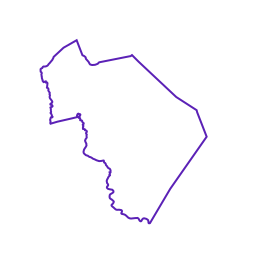 Sonaguera, Colón, Honduras (Natural Earth projection), rotated 76°
{"feature_id": "27666195B31402086681403", "entity_name": "Sonaguera", "entity_type": "district", "adm_level": 2, "iso_a3": "HND", "parent_name": "Honduras", "parent_adm1": "Colón", "projection": "natural_earth1", "projection_center": [-86.252, 15.631], "detail": "fine", "context": "isolated", "style": "outline", "palette": "violet", "viewbox_px": 256, "rotation_deg": 76, "n_neighbors": 0, "source": "geoboundaries", "source_scale": "gbopen_adm2", "svg_char_len": 5713}
<svg xmlns="http://www.w3.org/2000/svg" viewBox="0 0 256 256"><g transform="rotate(76 128 128)"><path d="M34.5,171.1L41.0,182.9L42.2,183.7L42.7,184.1L43.1,184.6L43.8,185.1L44.0,185.5L44.4,186.0L44.7,186.5L45.5,187.5L45.8,188.0L46.1,188.3L46.7,189.4L47.5,190.3L47.8,190.7L48.0,191.1L48.2,191.8L48.3,192.4L48.3,192.9L48.3,193.4L48.0,194.9L47.9,195.2L48.0,195.4L48.1,195.7L48.2,195.9L48.5,196.2L48.9,196.5L49.1,196.8L49.2,197.5L49.4,198.0L49.6,198.3L49.8,198.6L51.4,199.0L52.2,199.1L52.3,199.1L53.1,198.5L53.5,198.4L53.8,198.4L54.2,198.5L54.8,199.0L55.2,199.1L56.1,199.1L56.4,199.2L56.6,199.3L57.5,199.2L58.2,199.4L58.8,199.5L60.6,199.3L60.9,199.3L61.2,199.4L61.4,199.4L61.7,199.4L61.9,199.2L62.5,199.1L63.1,198.7L63.1,198.4L63.0,198.0L62.9,197.5L62.8,196.7L62.9,196.4L63.1,196.4L63.2,196.5L63.3,196.7L63.6,196.8L63.8,196.7L64.0,196.7L64.1,196.4L64.2,195.8L64.3,195.5L64.5,195.4L65.1,195.3L66.2,195.7L68.4,196.5L69.1,196.9L69.3,196.9L69.6,196.4L69.9,196.1L70.2,195.9L70.5,195.8L71.3,195.8L72.1,196.2L72.5,196.2L73.3,196.0L74.5,195.5L74.8,195.4L75.0,195.4L75.3,195.5L75.7,195.8L76.0,195.9L76.2,196.0L77.0,195.8L77.3,195.8L77.6,195.9L78.5,196.4L79.4,196.6L79.7,196.6L80.4,196.5L82.4,195.6L82.7,195.5L83.5,195.2L84.3,195.1L84.5,195.2L84.7,195.3L85.2,195.8L85.4,196.2L85.5,196.7L85.7,197.2L85.9,197.5L86.1,197.6L86.4,197.6L86.7,197.5L87.0,196.7L87.2,196.3L87.9,196.0L88.2,195.9L88.5,195.9L88.8,196.1L89.0,196.4L89.0,196.7L89.1,197.3L89.2,198.1L89.3,198.3L89.5,198.3L90.4,198.2L90.6,198.3L91.2,198.3L91.8,198.5L92.1,198.6L93.2,198.7L93.8,198.7L94.0,198.8L94.5,199.1L94.7,199.5L95.1,199.4L95.6,199.1L96.4,198.9L98.3,198.8L98.8,198.5L99.2,198.7L99.3,198.9L99.3,199.3L99.0,200.1L99.2,200.4L101.3,201.6L101.8,201.6L102.7,201.6L103.0,201.6L103.8,201.9L104.3,202.2L104.8,202.2L105.1,202.1L104.8,195.0L105.1,179.6L105.1,174.6L104.1,174.6L103.7,174.5L102.6,173.8L102.2,173.3L102.1,173.0L102.1,172.8L102.1,172.6L102.3,172.4L102.5,172.1L103.0,172.0L103.1,171.9L103.1,171.6L102.9,171.4L103.0,171.2L103.4,171.0L103.8,171.1L104.3,171.6L104.9,172.0L105.1,172.2L105.1,172.4L105.1,172.9L105.2,173.3L105.4,173.6L105.6,173.6L105.8,173.5L105.8,173.2L105.9,172.9L106.0,172.9L106.4,173.0L106.5,173.0L106.6,172.9L106.6,172.4L106.8,172.2L107.0,172.1L107.4,172.2L107.8,172.2L108.7,172.5L108.9,172.5L109.0,172.4L109.1,171.9L109.3,171.4L109.4,171.2L109.5,171.1L109.8,170.9L110.1,170.8L110.4,170.9L110.7,170.9L110.9,170.9L112.0,170.3L112.3,170.2L112.5,169.9L112.9,169.9L113.2,170.0L113.6,170.8L113.7,171.0L113.9,171.0L114.1,171.1L114.7,170.8L115.1,171.0L115.4,170.9L115.9,171.1L115.9,171.3L116.0,171.4L116.9,171.7L117.3,171.7L117.7,171.9L118.0,171.9L118.2,171.6L118.2,171.2L118.3,171.0L119.0,170.1L119.3,170.1L119.3,170.3L119.7,170.3L119.9,170.1L120.2,169.4L120.5,169.1L120.7,168.9L121.1,168.8L121.6,168.8L121.8,168.9L122.6,169.8L122.8,170.0L123.6,169.9L124.3,169.6L125.0,170.0L125.7,170.1L126.4,170.3L126.9,170.3L127.3,170.4L127.9,171.0L128.3,171.5L128.6,171.9L129.1,172.2L129.3,172.3L129.6,172.6L129.9,172.7L130.8,172.7L133.3,172.2L133.9,172.4L134.6,172.5L134.9,172.5L135.3,172.8L136.4,173.8L137.5,175.1L138.5,176.0L140.3,176.9L141.0,177.0L141.5,177.0L142.1,176.8L142.8,176.4L143.2,176.1L143.9,175.6L144.2,175.4L145.2,173.7L146.2,172.9L146.6,172.5L146.8,172.3L147.1,171.6L147.5,171.1L148.2,170.3L148.9,169.8L149.3,169.4L150.6,167.6L151.0,167.2L151.8,166.2L152.6,164.9L153.0,164.3L153.2,163.8L153.5,162.0L153.6,159.7L153.8,159.4L154.1,159.4L155.6,159.5L155.8,159.4L156.4,158.7L157.1,158.4L157.7,158.3L158.3,158.4L158.7,158.3L160.4,157.4L161.2,157.3L161.9,156.9L162.3,156.6L162.9,155.8L163.1,155.6L163.9,155.3L164.9,155.2L165.2,155.3L165.5,155.3L166.2,155.7L166.6,155.6L166.8,155.7L166.8,155.9L166.8,156.1L166.6,156.4L166.6,156.6L167.5,156.5L167.9,156.7L168.3,156.7L168.7,157.2L168.8,157.3L169.1,157.2L169.4,157.0L169.6,157.0L169.9,157.7L170.4,158.2L170.6,158.6L170.8,158.8L171.3,159.3L171.8,159.6L172.7,160.5L173.5,161.1L173.9,161.3L174.3,161.5L176.1,161.6L176.4,161.6L177.3,161.2L177.7,161.1L178.1,161.0L178.6,161.1L178.9,161.2L179.1,161.4L179.2,161.5L179.5,162.1L180.0,162.6L180.4,162.8L180.8,162.9L181.1,162.8L182.0,162.3L182.5,161.6L182.9,160.9L183.2,160.2L183.5,159.5L184.1,158.2L184.4,158.0L185.3,157.5L185.7,157.4L186.2,157.5L186.5,157.6L186.8,157.8L187.0,158.2L187.3,158.8L187.5,159.5L187.8,160.5L188.0,161.2L188.2,161.5L188.6,161.9L189.8,162.4L190.2,162.5L190.7,162.6L191.5,162.6L191.9,162.5L193.0,161.6L193.3,161.2L194.6,160.3L195.4,159.8L195.9,159.6L196.2,159.7L196.6,159.9L197.0,160.2L197.4,160.6L197.9,161.2L198.5,162.4L199.1,162.7L199.3,162.7L199.5,162.7L200.1,162.4L201.7,161.2L203.4,160.1L204.0,159.6L204.3,159.3L204.5,159.0L204.9,157.8L205.1,156.5L205.8,154.9L206.0,154.5L206.2,154.2L206.5,154.1L206.8,154.0L207.1,153.9L207.3,154.0L207.9,154.2L209.0,155.1L209.3,155.1L209.6,155.0L209.8,154.8L210.0,154.5L210.6,153.2L210.9,152.7L211.4,152.0L211.8,151.6L212.6,151.0L215.1,149.4L215.6,148.8L215.9,148.4L216.2,147.9L216.4,147.4L216.6,146.9L217.2,142.5L217.4,141.6L217.5,140.9L217.6,140.5L218.0,140.1L218.5,139.7L220.5,139.2L220.9,139.0L221.3,138.7L221.5,138.4L221.6,138.0L221.5,137.6L221.0,137.2L220.0,136.1L219.7,135.6L219.5,135.1L219.5,134.6L219.5,134.3L219.6,134.0L220.6,132.2L221.9,131.0L222.4,130.8L223.1,130.8L223.5,130.8L224.8,131.0L225.1,131.0L225.3,130.9L225.5,130.7L225.6,130.2L225.6,129.7L197.2,101.7L155.5,53.8L155.4,53.8L129.4,57.1L127.3,57.1L109.6,73.7L66.2,101.7L58.2,106.5L58.3,106.9L58.6,107.2L58.8,107.7L58.9,108.2L58.8,109.1L57.3,139.9L57.5,140.7L57.9,141.1L58.2,141.5L58.4,142.1L58.7,144.5L58.6,145.4L58.2,147.6L57.6,148.7L57.1,149.4L56.4,149.7L55.7,149.9L54.4,150.2L50.7,152.1L50.1,152.1L49.4,152.0L48.8,152.2L47.4,153.3L46.4,154.6L30.4,156.6L34.5,171.1Z" fill="none" stroke="#5b21b6" stroke-width="2"/></g></svg>